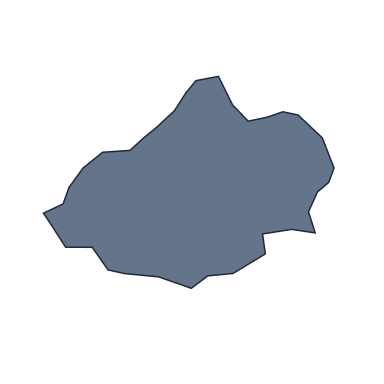 Latsia, Nicosia, Cyprus (Albers equal-area conic projection), rotated 241°
{"feature_id": "46923920B51711954160874", "entity_name": "Latsia", "entity_type": "district", "adm_level": 2, "iso_a3": "CYP", "parent_name": "Cyprus", "parent_adm1": "Nicosia", "projection": "albers", "projection_center": [33.376, 35.094], "detail": "fine", "context": "isolated", "style": "filled", "palette": "slate", "viewbox_px": 384, "rotation_deg": 241, "n_neighbors": 0, "source": "geoboundaries", "source_scale": "gbopen_adm2", "svg_char_len": 606}
<svg xmlns="http://www.w3.org/2000/svg" viewBox="0 0 384 384"><g transform="rotate(241 192 192)"><path d="M108.1,144.7L111.0,165.1L100.9,188.3L102.3,226.1L121.1,233.4L111.0,261.0L96.5,279.9L118.2,284.3L131.2,301.7L134.1,316.2L144.2,327.9L157.0,329.6L176.1,332.2L207.9,322.1L218.1,310.4L220.9,294.4L226.7,275.5L248.4,269.7L280.3,271.2L287.5,249.4L281.7,234.8L271.6,216.0L265.8,192.7L262.9,176.7L258.5,157.8L270.1,133.1L265.8,108.4L255.6,86.6L244.1,73.5L245.5,51.8L228.2,53.2L205.0,54.7L192.0,77.9L164.5,80.8L153.0,93.9L134.1,121.5L108.1,144.7Z" fill="#64748b" stroke="#1e293b" stroke-width="1.5"/></g></svg>